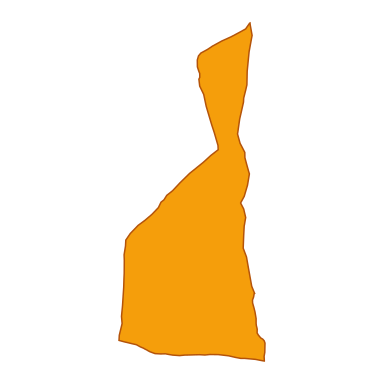 outline of Gwelekpoken, Maryland, Liberia
{"feature_id": "62588387B88590052314441", "entity_name": "Gwelekpoken", "entity_type": "district", "adm_level": 2, "iso_a3": "LBR", "parent_name": "Liberia", "parent_adm1": "Maryland", "projection": "albers", "projection_center": [-7.93, 4.962], "detail": "fine", "context": "isolated", "style": "filled", "palette": "amber", "viewbox_px": 384, "rotation_deg": 0, "n_neighbors": 0, "source": "geoboundaries", "source_scale": "gbopen_adm2", "svg_char_len": 1890}
<svg xmlns="http://www.w3.org/2000/svg" viewBox="0 0 384 384"><path d="M145.5,349.3L149.8,351.7L155.0,353.6L160.2,353.9L161.6,353.9L165.4,353.8L169.0,354.5L172.7,355.1L179.7,355.6L181.4,355.4L182.7,355.3L184.3,355.1L188.8,355.0L195.2,354.8L199.7,354.7L204.9,355.0L209.8,354.5L218.3,354.6L228.6,355.8L235.5,357.4L240.8,358.4L244.8,358.4L253.7,359.2L255.7,359.4L260.2,360.3L263.4,360.9L264.3,361.0L264.3,360.1L264.1,356.4L264.8,352.3L264.9,347.0L265.0,343.1L264.2,340.8L262.8,339.2L260.7,337.9L258.3,335.0L257.1,332.9L257.2,329.2L256.8,327.3L256.4,325.9L256.1,323.5L256.1,318.6L255.5,315.0L255.0,312.0L253.9,307.6L252.6,303.0L252.5,300.0L253.6,297.0L254.2,293.5L254.6,293.4L251.7,286.2L248.4,267.9L246.5,257.0L243.2,248.2L243.7,235.2L244.2,225.9L244.5,224.5L245.4,219.1L245.7,217.6L243.7,209.0L240.6,203.0L243.7,197.3L244.2,196.4L247.5,185.2L249.4,173.9L248.6,171.3L246.6,164.1L244.9,157.7L244.8,152.4L241.3,145.6L240.1,143.4L237.5,133.9L237.7,133.0L239.7,118.9L241.6,110.6L243.5,102.1L243.7,98.1L245.7,90.1L246.9,84.9L247.2,71.1L249.1,51.7L251.0,41.3L252.1,35.4L250.2,24.8L250.0,23.0L249.6,23.2L248.1,25.4L246.4,27.8L245.7,28.9L239.2,32.5L231.1,36.8L221.8,41.0L218.9,42.6L212.3,46.2L210.9,47.2L207.4,49.5L200.8,53.1L198.5,55.9L197.3,60.0L197.4,66.9L198.6,70.6L199.7,73.5L199.8,77.3L198.9,79.2L199.7,86.1L203.7,94.4L206.2,106.3L210.5,120.8L211.8,125.1L214.2,132.4L218.0,145.5L218.1,148.1L218.2,149.7L217.2,150.5L210.9,155.4L203.1,162.5L189.6,173.4L180.2,182.6L172.6,190.7L169.0,193.6L166.7,195.4L166.0,196.6L163.9,199.9L161.0,202.2L158.4,207.6L152.0,214.3L145.1,220.2L138.1,225.4L130.3,233.5L125.8,240.1L125.5,246.0L124.1,254.8L124.3,260.5L124.2,273.4L124.0,277.9L123.7,287.4L122.5,305.9L121.5,316.4L122.1,323.6L119.3,335.2L119.0,340.4L124.5,341.9L128.0,342.7L131.6,343.6L136.4,344.7L140.4,346.9L143.5,348.2L145.0,349.1L145.5,349.3Z" fill="#f59e0b" stroke="#b45309" stroke-width="1.5"/></svg>